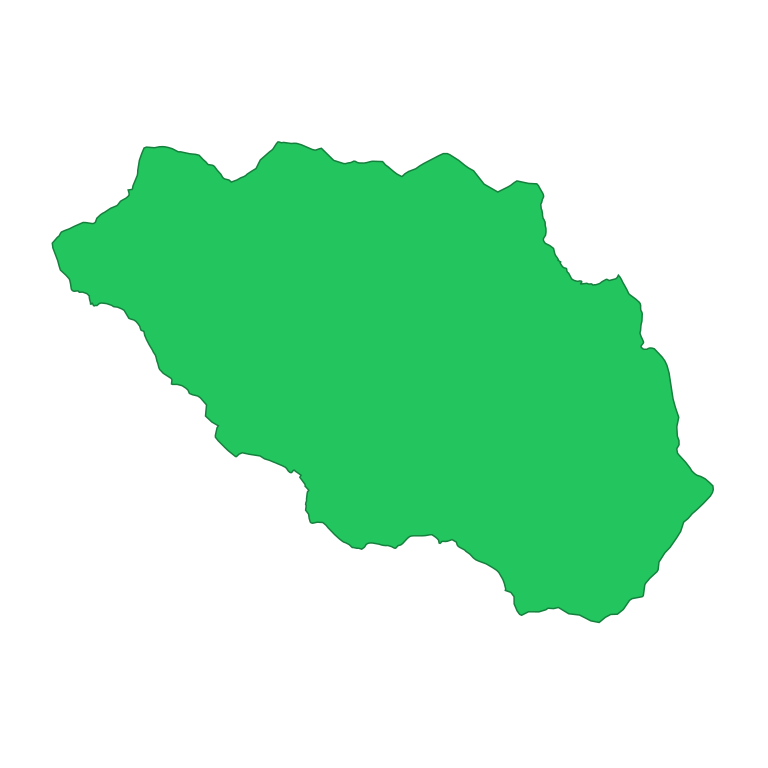 the district of Ciuruleasa, Alba, Romania, rotated 176°
{"feature_id": "2599482B18956388215325", "entity_name": "Ciuruleasa", "entity_type": "district", "adm_level": 2, "iso_a3": "ROU", "parent_name": "Romania", "parent_adm1": "Alba", "projection": "albers", "projection_center": [23.018, 46.247], "detail": "fine", "context": "isolated", "style": "filled", "palette": "green", "viewbox_px": 768, "rotation_deg": 176, "n_neighbors": 0, "source": "geoboundaries", "source_scale": "gbopen_adm2", "svg_char_len": 6129}
<svg xmlns="http://www.w3.org/2000/svg" viewBox="0 0 768 768"><g transform="rotate(176 384 384)"><path d="M705.1,547.6L704.8,542.8L700.9,529.9L699.8,524.2L698.9,520.3L693.6,514.6L690.7,510.9L690.2,509.3L689.7,505.7L689.3,500.5L688.5,499.1L687.5,498.4L686.1,498.1L683.4,498.3L682.4,497.9L681.6,496.8L678.2,496.7L674.1,494.9L671.8,492.4L672.0,491.5L671.8,489.0L671.1,485.6L671.2,484.3L670.7,484.0L670.0,484.8L669.4,484.9L668.5,483.1L668.4,482.6L667.7,482.1L666.8,482.5L664.9,482.3L662.4,484.1L661.4,484.4L660.1,484.5L655.3,483.6L650.2,481.5L648.3,480.0L644.5,479.3L640.2,477.1L638.1,475.6L633.9,467.3L632.0,466.4L629.0,465.3L627.0,463.7L625.3,461.4L623.7,458.8L623.0,455.7L622.5,454.5L620.1,453.4L619.8,453.0L619.3,449.2L617.7,444.6L615.3,439.1L612.6,433.9L611.9,432.0L610.0,428.6L609.5,426.5L608.9,422.7L608.2,420.2L607.4,415.8L606.8,414.2L603.4,410.0L596.0,404.5L595.4,403.3L595.3,402.6L596.0,398.9L595.2,398.4L590.2,398.0L585.5,396.4L581.7,393.5L579.9,391.5L578.8,388.2L575.9,386.7L570.6,385.0L568.2,383.1L562.5,375.5L564.3,364.5L558.3,358.0L552.1,353.8L553.6,352.0L555.8,344.5L555.9,342.7L553.4,339.0L547.1,331.7L544.0,328.3L537.2,322.0L536.2,321.9L533.6,324.1L530.2,325.3L523.3,323.3L512.7,320.9L508.4,317.7L503.7,315.9L491.5,309.8L488.2,307.8L487.1,306.6L485.6,304.0L484.2,302.5L483.3,302.1L482.3,302.1L480.7,303.9L479.7,304.4L479.1,304.0L478.5,303.1L477.1,302.1L473.1,298.8L474.5,296.8L469.9,289.6L469.7,288.8L469.8,287.3L468.9,286.5L466.5,283.3L467.3,282.2L467.8,281.9L468.3,280.1L469.3,274.9L469.4,272.8L470.2,271.1L470.6,269.3L470.1,268.1L471.0,263.6L468.3,259.4L468.0,255.0L467.2,251.5L466.4,250.6L464.9,250.1L460.2,250.8L454.7,250.1L451.7,247.2L449.5,244.1L443.8,237.3L439.2,232.5L437.0,230.5L435.2,229.1L433.3,228.3L429.9,226.2L427.1,223.1L425.9,223.0L422.4,222.0L420.9,222.0L417.8,220.8L415.4,222.2L414.5,223.0L413.2,224.9L411.8,225.9L410.3,226.3L408.9,226.4L406.6,226.2L399.9,224.5L398.0,223.7L396.0,223.1L393.7,222.7L391.3,222.6L387.7,221.2L385.2,219.6L383.8,219.4L381.2,221.8L378.5,222.3L376.5,223.6L371.5,228.3L369.1,230.0L367.1,230.5L364.8,230.5L356.3,229.9L353.1,229.9L348.6,230.4L346.6,230.3L343.1,227.5L341.6,226.0L340.4,224.3L340.1,221.5L339.2,221.1L338.2,221.8L337.6,222.8L335.8,222.9L333.7,222.6L331.8,222.7L326.9,224.0L322.7,221.1L322.6,219.8L322.1,218.1L321.3,216.9L319.8,215.7L315.1,212.8L314.1,211.5L310.2,208.3L306.9,204.2L304.6,202.2L302.0,200.8L294.7,197.5L289.1,193.7L284.7,190.4L282.6,188.0L279.0,180.6L277.8,176.4L276.9,171.1L277.4,169.6L272.0,167.3L269.1,162.8L269.5,155.5L267.0,148.3L264.8,144.8L262.9,143.7L255.7,146.7L245.3,145.9L238.3,147.5L236.0,148.9L230.5,148.1L225.6,148.9L215.7,141.9L205.1,139.9L194.2,133.3L186.0,131.1L179.5,135.8L173.9,138.3L167.2,138.1L161.0,142.4L154.1,151.1L151.4,152.6L141.3,153.8L140.1,154.7L137.8,165.6L136.8,167.1L132.3,171.7L124.7,177.8L123.5,179.6L122.1,187.2L115.6,196.0L110.0,201.1L102.8,210.1L98.3,216.3L94.7,225.3L89.9,228.7L85.5,233.2L80.8,236.7L73.7,242.6L66.3,249.4L63.9,252.8L62.9,255.6L63.0,259.4L66.0,262.8L70.2,267.0L74.2,269.5L78.3,271.2L80.5,273.0L83.0,275.8L84.5,278.8L88.7,285.1L94.8,292.7L96.0,294.5L96.5,298.9L93.9,302.8L93.7,307.0L95.0,311.4L94.9,320.9L92.3,330.2L94.9,340.1L96.7,349.0L98.5,370.6L98.8,374.8L100.4,382.7L102.2,387.4L104.7,391.5L111.9,400.3L114.1,401.1L116.2,401.4L118.0,401.0L119.2,400.3L122.3,400.5L123.4,401.1L124.9,402.8L125.0,403.6L124.5,404.5L122.5,406.7L122.2,407.4L122.3,408.4L124.3,413.7L125.1,416.8L124.8,418.2L124.4,419.1L123.5,425.0L122.3,428.8L121.5,435.9L121.7,437.5L122.7,439.7L122.7,442.1L122.5,444.4L122.8,446.2L123.5,447.5L126.7,450.9L132.4,455.8L133.6,457.1L135.0,460.9L138.9,469.2L139.9,471.8L141.2,474.3L142.6,476.2L143.9,474.0L145.4,472.8L152.2,471.5L154.0,472.7L154.9,472.9L159.3,470.9L161.5,469.4L162.5,469.0L165.9,468.2L167.1,468.3L168.6,468.1L169.6,469.1L170.1,469.4L172.9,469.4L174.6,470.3L180.6,470.0L180.8,470.4L179.6,471.9L179.6,472.4L179.9,472.8L181.7,473.2L183.4,472.9L184.5,473.1L187.4,474.2L189.3,475.6L190.0,476.9L192.0,481.5L193.4,483.1L193.7,484.0L193.8,486.1L194.3,486.7L196.4,487.4L197.8,488.6L199.7,492.1L199.8,493.1L199.3,493.4L201.7,495.3L201.4,495.7L201.9,497.0L203.9,500.3L204.6,502.3L205.4,507.4L208.8,510.4L213.2,513.0L214.2,514.4L214.9,516.0L214.9,517.7L213.8,519.4L212.5,521.1L211.8,524.2L211.6,527.8L212.1,530.9L212.0,534.3L212.6,535.7L212.8,536.5L213.8,538.5L214.1,541.1L214.0,543.0L214.4,546.4L214.9,547.8L215.1,552.3L214.0,554.2L213.2,556.9L211.7,559.6L211.7,560.5L211.9,562.0L212.4,563.4L214.8,568.2L216.1,571.1L217.6,573.0L225.7,574.0L237.2,577.3L240.1,575.8L243.8,573.3L246.7,571.9L257.1,567.6L270.2,576.4L279.8,590.5L284.6,593.6L287.9,596.3L293.9,601.9L302.3,608.1L304.7,609.4L308.8,609.7L313.5,607.9L329.1,601.1L333.1,599.1L337.3,596.5L344.6,594.3L348.4,592.3L351.4,589.8L352.1,589.9L353.8,590.9L356.5,592.6L359.5,595.2L364.5,600.1L367.4,602.6L369.4,605.4L370.1,606.0L379.7,607.0L381.3,606.9L386.2,606.0L388.5,605.8L391.2,606.0L393.7,606.3L395.1,606.8L397.3,608.2L398.6,608.4L401.7,607.2L404.5,607.0L407.0,606.5L408.8,606.7L418.6,610.6L430.0,623.5L432.3,623.1L435.8,622.1L437.2,622.3L439.1,622.9L449.7,628.4L454.3,630.1L456.7,630.4L459.8,630.4L467.3,632.0L469.4,631.8L471.7,632.7L472.9,632.9L474.6,631.2L478.1,626.5L479.3,625.3L482.1,623.5L491.8,616.1L496.6,607.9L500.7,605.8L505.9,602.9L507.1,601.8L509.2,600.7L512.5,599.7L516.4,597.8L522.2,596.1L524.4,598.3L528.7,599.7L529.5,600.3L530.6,601.4L532.1,604.6L535.4,608.8L537.9,612.7L538.9,613.7L540.2,614.3L543.9,615.1L544.7,615.8L546.0,617.7L549.0,620.8L552.5,625.1L555.8,626.2L561.6,627.2L570.7,629.8L573.1,630.0L578.8,633.5L582.8,635.0L585.2,635.7L587.9,636.2L591.6,636.3L596.5,635.7L604.5,636.9L606.9,636.1L609.5,631.0L612.4,624.3L614.7,614.4L615.0,611.7L615.5,609.4L620.5,599.4L621.3,596.3L621.7,595.7L625.7,595.4L625.1,592.8L625.0,591.4L625.2,590.2L625.9,589.3L628.4,587.4L633.4,585.1L634.3,584.5L637.1,581.3L638.1,580.5L644.4,578.4L650.9,574.7L652.8,573.9L655.0,572.6L658.9,569.4L660.6,565.6L661.4,564.9L662.8,564.4L663.9,564.4L670.5,565.9L673.0,566.1L682.2,562.8L687.2,560.7L692.0,559.3L695.2,558.1L696.2,556.9L697.8,554.3L699.6,553.1L705.1,547.6Z" fill="#22c55e" stroke="#15803d" stroke-width="1.5"/></g></svg>